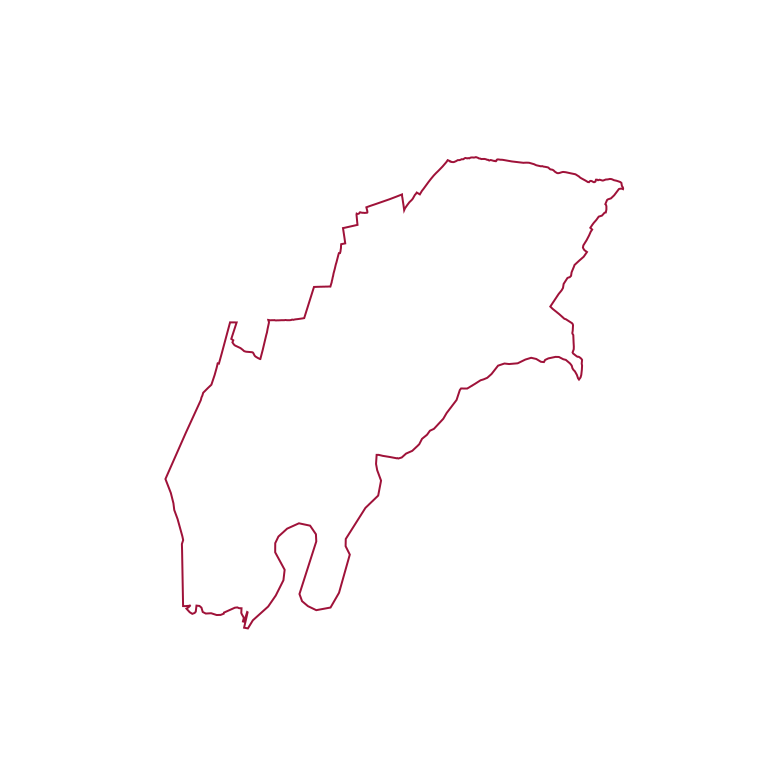 the district of Sibot, Alba, Romania, rotated 122°
{"feature_id": "2599482B82824801071491", "entity_name": "Sibot", "entity_type": "district", "adm_level": 2, "iso_a3": "ROU", "parent_name": "Romania", "parent_adm1": "Alba", "projection": "robinson", "projection_center": [23.303, 45.942], "detail": "fine", "context": "isolated", "style": "outline", "palette": "rose", "viewbox_px": 768, "rotation_deg": 122, "n_neighbors": 0, "source": "geoboundaries", "source_scale": "gbopen_adm2", "svg_char_len": 6121}
<svg xmlns="http://www.w3.org/2000/svg" viewBox="0 0 768 768"><g transform="rotate(122 384 384)"><path d="M663.4,369.9L653.9,370.0L634.1,364.3L620.7,363.7L603.7,365.3L594.2,369.8L584.4,387.1L576.6,391.9L569.3,392.7L558.0,389.5L547.2,382.3L543.3,371.6L547.5,362.1L553.4,358.0L606.9,344.4L611.6,338.4L612.7,330.8L611.7,321.6L601.9,310.9L584.9,311.5L546.8,322.6L541.9,330.6L535.7,334.3L498.9,334.1L481.7,329.8L467.5,335.3L460.7,344.1L456.0,348.4L448.0,352.7L446.9,350.9L445.6,347.0L442.9,340.6L440.2,333.7L439.8,333.4L439.6,332.4L436.9,330.0L431.3,328.4L425.7,324.6L416.5,322.2L410.3,322.7L404.2,320.6L399.3,320.3L395.6,317.9L382.1,315.3L375.4,315.5L359.1,314.0L348.9,316.5L347.0,316.3L343.7,311.0L335.6,306.9L329.7,304.1L327.3,302.0L324.0,299.7L318.5,298.1L308.0,297.0L302.8,292.7L300.8,288.5L295.6,281.6L288.4,277.1L283.8,273.1L282.1,268.2L282.0,262.7L280.7,260.0L278.2,260.1L275.2,258.2L270.1,252.9L268.4,250.0L268.0,245.1L267.2,242.6L268.0,237.1L268.9,234.6L270.9,232.4L271.7,230.6L272.1,228.8L274.1,225.2L276.3,222.5L276.9,221.0L274.3,220.8L271.8,221.5L267.0,223.8L263.4,225.8L262.0,227.1L258.6,228.8L258.0,230.1L257.7,232.4L257.8,233.5L258.4,234.4L258.3,236.2L257.9,239.8L257.3,240.8L254.0,241.5L251.6,242.9L248.2,245.3L242.2,249.4L241.4,250.9L241.0,251.3L238.8,252.2L233.9,254.9L233.1,255.9L232.8,256.8L232.7,264.0L233.1,265.6L231.9,272.5L230.9,280.9L230.2,284.0L215.2,283.6L210.3,283.0L207.7,283.1L203.9,284.7L196.9,284.6L196.1,284.1L195.0,283.1L193.1,282.7L189.9,284.1L183.9,285.1L182.1,285.5L175.5,283.7L170.3,282.1L164.5,281.8L164.3,284.9L163.7,286.3L162.9,287.6L160.8,288.4L154.6,288.4L149.4,288.8L145.3,289.4L142.7,289.3L142.2,291.8L138.6,291.7L136.1,291.5L132.6,290.9L128.3,290.6L125.7,288.4L121.8,287.7L121.0,286.8L118.1,287.9L115.4,289.6L114.5,290.6L114.2,291.6L110.0,292.3L109.7,292.3L108.7,291.9L106.3,289.9L102.0,288.8L94.2,288.1L93.7,287.7L93.1,287.0L92.3,285.9L92.1,284.6L91.5,284.8L90.9,285.4L90.4,286.2L89.9,287.3L87.7,289.2L87.5,290.5L87.8,292.0L88.4,294.5L89.3,297.0L89.5,298.7L89.7,299.6L90.2,300.7L90.4,301.1L91.5,302.2L92.1,302.9L93.1,304.3L95.1,305.8L95.6,306.4L95.8,306.9L96.0,307.6L96.2,308.4L96.5,309.4L97.0,309.8L97.6,310.3L97.8,310.6L97.8,311.6L98.4,312.5L99.3,312.3L100.0,312.0L100.5,312.0L101.1,312.5L101.5,312.7L101.7,313.1L101.8,314.0L101.8,314.9L102.0,315.9L102.1,316.2L102.5,316.6L103.0,316.9L103.4,317.0L104.2,317.1L104.5,317.8L104.7,318.1L104.7,320.7L105.0,325.8L105.0,326.9L104.9,327.8L104.7,328.4L104.7,329.4L104.7,331.9L104.7,332.7L105.0,333.6L106.3,337.1L108.1,342.1L109.2,344.4L109.7,345.0L110.8,346.0L111.8,346.8L112.4,347.4L113.0,348.1L113.3,348.8L113.4,349.3L113.4,351.4L113.0,353.4L113.0,354.4L113.1,354.9L113.5,355.9L113.8,356.6L113.8,357.2L113.4,359.4L113.6,360.2L113.9,361.0L114.5,362.6L115.1,363.9L115.4,365.3L116.2,366.2L117.8,370.8L118.1,373.3L119.5,378.2L120.8,380.5L122.6,383.1L127.5,393.5L131.1,402.4L132.0,403.9L133.0,406.1L133.2,406.5L133.4,406.6L133.7,407.0L134.0,407.1L135.3,407.0L135.7,407.1L135.9,407.4L136.1,407.9L136.0,408.2L136.3,408.4L136.5,408.8L137.5,412.2L137.8,412.5L138.6,413.0L138.8,413.5L138.7,414.5L138.8,414.8L139.2,415.2L139.3,415.9L139.4,416.7L140.1,418.5L140.4,418.8L141.2,420.1L141.7,420.7L141.8,421.7L142.4,423.0L142.4,423.5L142.4,424.1L142.7,425.5L142.9,426.3L143.4,426.7L144.4,427.8L144.7,428.5L145.5,429.8L146.3,430.7L147.4,431.2L147.6,431.6L147.7,432.1L148.0,432.5L148.5,432.9L148.7,433.3L148.9,434.0L149.1,434.6L149.3,434.8L149.8,435.2L150.2,435.4L150.8,435.6L151.2,435.8L151.6,436.1L152.1,437.1L152.3,437.3L153.4,438.0L154.2,438.7L154.6,439.3L155.1,440.1L157.0,441.1L158.7,442.3L159.1,442.8L159.8,444.1L160.3,445.6L160.3,446.0L160.0,446.0L160.4,448.6L162.7,448.7L168.6,449.6L174.6,450.9L177.4,451.6L180.8,452.3L185.2,452.9L189.2,453.3L197.5,453.9L200.2,454.2L204.2,454.1L204.3,457.7L205.5,457.7L207.3,458.0L211.6,457.8L213.2,458.0L216.4,458.8L219.9,459.1L223.9,459.3L225.9,459.0L221.8,462.4L219.5,464.4L216.2,467.2L215.5,467.9L213.7,469.2L218.3,472.6L224.5,477.3L235.8,486.4L240.3,490.1L243.5,492.6L246.3,489.7L247.2,489.1L247.4,489.0L247.7,489.1L249.2,491.1L249.6,492.0L250.2,493.0L250.5,493.6L250.8,494.5L251.0,495.2L251.1,495.3L251.3,495.5L252.3,495.4L253.1,495.8L253.3,496.0L254.0,496.8L254.1,497.1L254.1,497.4L254.9,497.1L260.0,493.2L263.1,490.8L272.2,500.0L273.5,501.4L281.1,494.9L285.3,491.4L288.1,494.4L289.9,493.5L291.4,492.6L292.1,492.3L293.3,491.8L294.8,491.1L296.3,490.7L296.9,491.6L298.1,491.3L306.3,488.7L307.9,488.3L309.4,487.8L312.3,486.8L316.9,485.4L319.7,484.3L320.6,484.1L321.0,483.9L323.2,483.1L324.3,482.8L325.4,482.3L329.1,481.3L329.8,481.1L330.5,482.3L336.3,491.1L338.8,494.8L370.4,486.6L371.5,487.8L374.8,491.7L375.9,493.1L376.6,493.9L377.7,495.0L378.0,495.9L378.1,496.1L379.0,496.7L379.3,497.1L379.9,497.8L381.1,499.7L381.5,500.5L382.0,501.6L382.6,502.2L383.7,503.9L384.6,505.3L385.0,505.9L385.3,506.3L387.3,509.3L387.8,510.2L387.8,510.6L388.7,511.9L389.6,513.3L390.2,514.2L390.5,514.8L390.8,515.6L390.9,515.9L391.0,516.1L391.4,515.7L392.1,514.7L392.9,514.1L399.0,511.9L402.0,510.7L402.4,510.5L402.9,510.4L404.9,509.8L419.4,504.9L428.4,502.1L428.5,502.2L428.6,503.0L428.8,505.0L428.8,507.6L428.6,508.4L428.4,509.0L427.6,510.2L427.5,510.5L427.0,511.3L426.8,512.0L427.0,512.8L429.3,517.3L429.7,518.1L430.2,519.8L430.2,520.3L429.9,521.9L429.6,524.7L430.1,529.0L430.3,530.6L430.1,532.1L429.6,533.3L429.0,534.6L426.8,535.0L426.7,537.4L409.9,541.6L413.3,547.2L444.1,537.8L454.2,534.8L454.6,536.0L455.1,535.9L455.4,535.7L459.0,534.5L466.1,532.4L476.1,530.0L480.3,531.1L487.2,532.7L490.1,531.9L492.0,531.7L494.8,530.8L530.4,526.2L580.4,519.0L589.4,507.0L596.7,499.4L602.0,495.1L607.9,487.5L620.0,474.3L622.8,471.6L626.8,470.6L631.9,467.2L678.8,436.7L677.7,434.8L676.5,433.3L675.5,431.8L674.1,430.8L677.0,431.5L679.2,432.5L680.5,427.8L680.5,424.8L678.6,423.3L676.8,423.0L671.3,425.6L670.0,422.9L670.4,420.3L673.4,416.9L673.1,413.5L670.0,409.1L668.6,403.5L666.4,400.2L663.7,398.2L662.7,398.6L652.7,391.9L651.2,390.0L650.9,388.1L649.7,386.0L653.8,383.7L654.7,382.4L655.8,380.3L656.7,378.9L660.1,377.8L659.7,376.6L649.9,379.2L649.9,378.7L664.8,373.5L663.4,369.9Z" fill="none" stroke="#9f1239" stroke-width="2"/></g></svg>